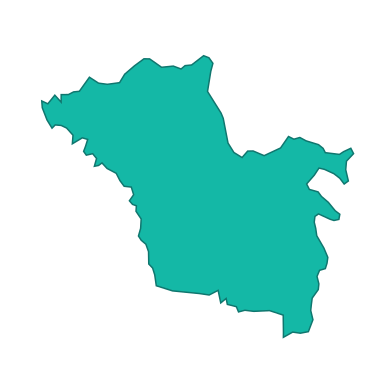 the district of Três Palmeiras, Rio Grande do Sul, Brazil, rotated 5°
{"feature_id": "56859067B561920705370", "entity_name": "Três Palmeiras", "entity_type": "district", "adm_level": 2, "iso_a3": "BRA", "parent_name": "Brazil", "parent_adm1": "Rio Grande do Sul", "projection": "equal_earth", "projection_center": [-52.832, -27.619], "detail": "fine", "context": "isolated", "style": "filled", "palette": "teal", "viewbox_px": 384, "rotation_deg": 5, "n_neighbors": 0, "source": "geoboundaries", "source_scale": "gbopen_adm2", "svg_char_len": 1850}
<svg xmlns="http://www.w3.org/2000/svg" viewBox="0 0 384 384"><g transform="rotate(5 192 192)"><path d="M340.7,206.5L341.2,201.3L336.3,198.2L332.6,194.4L328.7,190.4L321.4,185.2L317.6,180.9L313.5,180.1L308.7,179.2L305.5,174.0L312.4,164.5L316.4,157.1L322.0,157.9L331.8,161.4L338.0,165.4L342.9,170.8L346.8,167.4L343.2,156.4L343.2,147.8L349.6,139.7L346.4,134.6L339.5,138.6L335.6,141.7L321.4,141.2L318.8,137.1L313.9,133.8L301.2,131.1L294.7,128.3L288.9,130.5L283.3,128.3L276.4,140.4L260.7,149.5L249.3,145.8L243.9,146.4L238.9,153.3L230.3,149.0L223.6,140.1L220.6,129.6L216.7,115.9L214.1,110.9L198.7,90.5L200.2,70.1L201.6,62.0L197.2,56.8L191.7,55.2L180.5,65.5L174.1,66.7L170.4,70.4L162.4,68.2L150.8,70.4L138.2,63.1L132.5,63.5L123.7,71.3L114.7,80.5L110.3,89.4L98.3,92.1L89.4,91.7L79.8,86.6L71.0,101.5L65.3,102.6L60.4,105.7L53.2,106.4L53.8,113.9L46.9,107.5L40.7,116.7L34.4,114.4L35.5,121.1L41.3,132.9L47.0,140.6L49.9,137.1L55.9,137.1L61.5,139.2L68.5,145.8L68.6,154.4L78.0,147.6L83.5,148.7L82.0,155.6L80.5,161.0L83.5,164.5L89.7,162.5L94.0,166.9L92.5,174.9L96.6,173.7L99.8,170.9L105.4,176.0L109.5,177.7L114.9,180.0L119.2,186.9L123.9,192.2L131.1,192.4L134.1,199.8L130.4,206.2L133.8,209.5L137.8,210.6L137.9,216.1L143.7,223.3L144.0,232.7L142.5,240.5L145.7,244.6L150.6,248.0L153.9,255.2L155.2,267.5L159.4,271.2L162.1,277.8L164.6,288.5L181.2,292.2L208.1,292.5L218.1,293.1L226.6,287.7L230.3,300.0L235.3,295.1L237.0,300.9L241.1,301.5L246.2,302.4L248.8,307.4L255.0,305.2L263.9,305.5L279.6,303.4L293.6,306.7L295.3,323.6L295.7,328.8L304.5,322.8L312.3,323.2L320.1,321.0L323.6,308.7L320.6,299.7L320.7,293.7L321.0,287.2L326.3,278.2L326.4,272.5L323.9,265.2L325.9,258.9L331.5,256.7L332.7,251.2L333.0,245.3L328.3,236.4L320.1,224.7L318.4,217.4L316.4,211.4L316.6,205.6L319.9,202.8L331.9,207.1L335.9,208.0L340.7,206.5Z" fill="#14b8a6" stroke="#0f766e" stroke-width="1.5"/></g></svg>